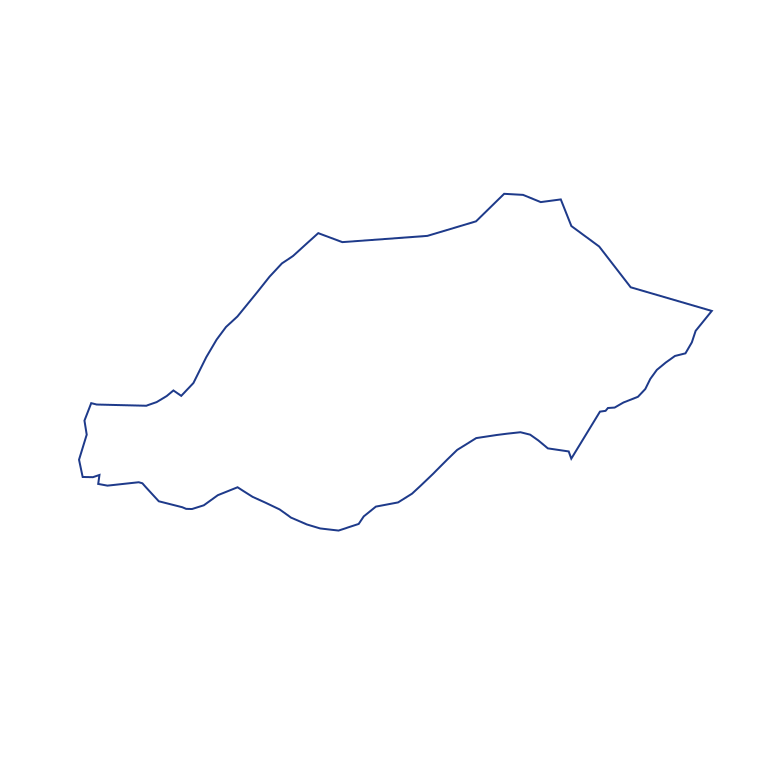 the district of Billiri, Gombe, Nigeria, rotated 217°
{"feature_id": "59680162B8070211954831", "entity_name": "Billiri", "entity_type": "district", "adm_level": 2, "iso_a3": "NGA", "parent_name": "Nigeria", "parent_adm1": "Gombe", "projection": "natural_earth1", "projection_center": [11.13, 9.845], "detail": "fine", "context": "isolated", "style": "outline", "palette": "blue", "viewbox_px": 768, "rotation_deg": 217, "n_neighbors": 0, "source": "geoboundaries", "source_scale": "gbopen_adm2", "svg_char_len": 1426}
<svg xmlns="http://www.w3.org/2000/svg" viewBox="0 0 768 768"><g transform="rotate(217 384 384)"><path d="M166.2,639.6L245.2,609.7L294.9,623.3L329.4,622.9L353.9,637.8L368.3,623.6L386.8,618.7L402.5,608.2L408.4,569.3L438.5,528.4L502.7,472.2L527.3,464.9L530.1,450.5L533.7,431.5L533.8,431.3L534.0,430.6L536.9,422.3L538.1,418.9L540.0,400.9L540.5,381.1L541.7,349.7L544.5,334.5L544.4,318.8L542.1,298.5L536.8,270.1L538.8,252.5L548.3,252.1L550.3,243.6L554.7,232.7L560.0,224.8L560.7,223.6L561.7,222.9L588.1,204.0L601.1,194.7L604.2,193.4L606.3,192.5L601.2,174.5L590.9,164.6L590.5,163.4L582.0,140.0L568.7,128.4L560.4,134.4L556.5,140.1L552.1,132.2L543.7,136.4L520.9,157.8L520.6,158.0L517.2,159.3L512.8,158.4L508.0,157.5L493.3,154.8L470.9,164.2L466.9,165.2L462.1,168.6L454.9,178.7L449.8,195.2L438.8,213.4L431.9,213.9L421.0,214.8L407.2,217.9L391.9,221.0L380.4,221.3L378.0,221.3L361.1,225.4L348.1,230.2L339.9,235.0L332.1,239.6L327.6,246.0L326.9,247.1L320.0,257.0L320.5,266.1L316.7,281.2L301.5,297.9L295.6,313.3L293.5,325.0L290.7,342.1L290.1,346.8L288.0,361.9L285.9,375.4L277.8,396.3L263.4,411.0L255.8,418.4L246.0,427.6L236.8,431.5L226.8,431.8L214.4,431.2L195.9,441.3L189.5,437.1L194.9,491.9L190.9,495.9L190.7,499.6L185.6,504.0L182.9,510.4L181.6,513.4L173.5,526.6L172.3,537.2L174.4,548.4L174.6,559.5L171.9,570.7L168.5,581.5L161.7,589.9L163.2,602.5L167.1,614.0L166.5,631.2L166.2,639.6Z" fill="none" stroke="#1e3a8a" stroke-width="2"/></g></svg>